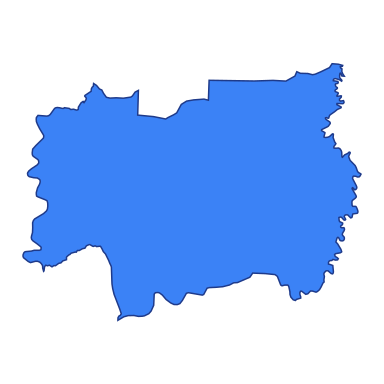 outline of Dong Xoai, Bình Phước, Vietnam
{"feature_id": "81297802B13642047560711", "entity_name": "Dong Xoai", "entity_type": "district", "adm_level": 2, "iso_a3": "VNM", "parent_name": "Vietnam", "parent_adm1": "Bình Phước", "projection": "natural_earth1", "projection_center": [106.858, 11.515], "detail": "fine", "context": "isolated", "style": "filled", "palette": "blue", "viewbox_px": 384, "rotation_deg": 0, "n_neighbors": 0, "source": "geoboundaries", "source_scale": "gbopen_adm2", "svg_char_len": 5884}
<svg xmlns="http://www.w3.org/2000/svg" viewBox="0 0 384 384"><path d="M43.6,271.3L44.0,270.9L44.6,266.6L45.8,265.2L47.5,265.8L49.4,265.2L51.9,266.8L52.4,266.7L53.7,265.6L55.5,265.7L58.8,263.3L60.9,262.9L62.8,260.9L66.5,259.7L66.5,257.3L66.8,256.7L68.9,254.9L69.9,254.5L71.1,253.2L75.1,252.1L76.4,252.1L76.9,251.1L77.5,250.5L79.3,250.5L82.5,248.7L84.9,248.2L86.4,245.8L89.1,244.6L89.9,244.6L92.8,246.3L93.6,246.4L94.7,245.9L95.4,245.9L96.6,246.6L100.2,246.2L100.7,246.6L102.2,249.2L103.3,251.6L105.5,254.0L108.7,260.5L109.7,263.1L111.0,265.8L111.4,267.2L112.0,284.0L112.7,288.6L114.1,294.4L119.7,309.0L121.2,313.5L121.1,314.1L120.2,315.4L118.9,316.1L118.0,317.7L117.9,320.3L123.8,316.8L128.2,315.6L134.0,315.5L138.5,316.4L142.5,316.2L144.5,315.8L148.8,313.7L151.1,311.1L153.7,305.3L154.2,294.1L155.4,292.7L158.0,292.5L159.5,292.9L162.4,295.1L166.1,299.5L170.8,303.0L174.0,304.5L177.3,304.6L179.9,303.6L182.4,300.4L186.4,293.3L188.4,292.7L202.3,295.1L203.7,294.5L207.1,288.2L209.3,287.6L215.8,287.3L222.8,286.7L229.5,285.0L233.7,282.8L237.4,282.6L249.9,277.2L252.7,273.1L265.3,273.6L275.1,274.6L277.4,276.4L280.7,285.0L282.0,285.8L284.7,285.1L287.8,285.1L288.4,285.8L288.9,287.0L289.9,291.7L290.0,294.5L290.9,297.2L293.2,299.8L295.4,300.5L296.5,299.4L300.7,298.1L300.7,296.7L300.0,294.8L299.8,292.9L300.4,291.4L300.9,291.1L301.8,291.3L305.7,294.3L307.8,293.8L310.5,291.0L312.6,291.1L315.8,292.1L316.6,292.0L317.8,291.2L319.5,289.7L321.1,287.0L323.0,283.0L324.1,282.0L323.9,279.8L324.4,276.5L323.9,274.5L324.0,273.2L325.2,271.7L326.2,270.8L328.0,270.8L331.1,273.5L332.4,273.9L332.9,273.6L333.3,272.6L333.4,271.4L332.8,265.5L330.2,264.5L328.5,264.1L328.5,262.3L329.1,261.2L330.1,260.6L331.8,260.5L332.9,259.4L335.5,260.1L337.6,259.9L338.3,258.7L337.3,257.7L335.2,256.4L334.6,254.6L335.5,253.7L340.3,252.8L341.6,252.0L341.7,251.7L340.9,249.3L337.6,243.8L335.9,242.0L337.0,238.1L337.9,237.3L338.7,237.8L340.0,240.4L340.9,240.8L342.3,240.9L343.3,240.6L343.9,240.0L344.3,239.1L344.4,238.0L344.1,237.0L342.5,235.2L342.3,234.6L342.6,233.1L344.0,230.9L344.5,229.4L344.3,228.2L343.9,227.7L341.5,227.7L340.7,227.2L340.6,226.7L340.8,225.9L342.4,224.7L342.7,223.7L342.6,223.0L339.6,221.6L339.1,220.2L338.9,217.5L340.7,217.0L341.6,217.4L343.8,219.9L344.9,220.2L345.6,219.6L345.6,219.2L344.3,216.8L344.3,216.2L345.0,215.2L345.9,214.8L347.7,214.9L350.7,217.9L351.7,217.6L352.1,217.1L352.7,214.2L353.0,213.9L357.2,213.3L357.7,212.8L357.9,212.0L357.9,211.2L357.3,209.2L356.3,207.0L355.7,206.4L352.7,206.3L352.1,205.4L351.9,202.0L352.3,200.5L355.2,198.3L356.2,197.1L356.3,196.4L355.9,195.3L352.1,188.8L352.2,188.1L352.5,187.7L353.3,188.1L354.6,189.8L355.4,189.7L356.0,189.3L356.8,188.0L356.8,187.1L356.2,185.5L352.6,178.6L352.6,178.0L353.1,176.4L353.8,176.1L356.0,176.3L357.4,177.0L359.1,176.9L359.9,176.2L361.0,174.2L360.8,173.8L358.4,172.5L357.4,171.1L356.2,167.6L355.1,165.5L350.1,160.4L348.7,156.7L348.9,155.7L350.2,153.0L350.1,152.4L349.4,152.1L348.7,152.4L347.8,153.4L344.7,154.8L342.4,157.3L342.2,157.2L341.9,156.6L341.7,152.1L341.1,150.4L339.8,148.6L338.4,148.0L336.2,148.2L334.1,148.1L333.8,147.1L333.9,146.5L335.7,144.1L335.9,143.6L334.7,141.9L333.1,137.5L333.4,134.3L333.1,133.9L332.4,133.9L329.4,136.6L327.8,137.2L325.6,137.5L324.1,137.2L324.0,136.6L325.0,132.8L324.8,132.5L321.8,130.8L321.5,130.2L321.7,129.6L327.6,126.7L328.4,126.1L330.2,123.6L330.2,122.8L329.8,122.0L325.9,119.3L325.5,118.6L325.5,117.8L326.5,117.6L327.9,118.2L328.6,118.2L329.5,115.6L330.3,114.7L334.5,111.8L337.3,109.5L341.0,107.8L341.2,107.3L341.1,106.9L336.9,104.7L336.8,103.9L337.0,103.5L337.9,103.5L342.6,103.7L343.3,103.5L344.0,102.6L344.0,101.9L343.5,100.6L340.4,101.1L339.5,100.3L339.5,99.0L341.2,97.3L341.4,96.0L341.1,95.8L337.1,96.3L336.8,95.9L338.2,93.6L338.2,93.0L337.9,92.6L335.3,91.6L335.1,91.2L335.0,90.5L335.4,89.9L337.1,88.7L337.4,88.1L337.3,87.6L336.1,86.8L335.6,86.1L335.3,84.4L335.7,83.8L337.8,83.4L338.2,82.5L338.2,82.0L337.6,81.4L333.3,80.7L333.3,80.0L333.7,79.2L334.6,78.7L335.4,78.6L337.8,79.2L339.7,79.9L341.6,81.2L341.9,80.8L341.8,80.2L339.7,77.7L339.6,75.2L339.9,73.4L340.3,73.1L341.1,73.9L341.6,75.7L341.9,76.0L344.3,76.2L342.7,73.7L341.8,71.4L342.0,68.9L340.6,67.9L340.3,66.7L342.4,66.3L342.7,65.4L338.3,64.2L332.1,63.7L329.5,67.6L320.8,71.8L315.2,74.2L312.5,74.7L307.8,73.5L300.3,73.3L296.8,71.7L294.9,76.1L285.9,81.1L273.0,80.4L254.2,81.0L209.1,80.3L208.4,100.2L204.0,99.1L193.6,99.9L186.6,101.1L181.3,104.4L176.7,112.9L173.6,114.8L167.9,117.6L165.7,119.0L153.5,116.6L137.7,115.1L138.4,90.4L135.1,92.1L132.4,96.0L130.8,97.1L123.4,98.2L116.3,97.8L110.0,98.1L106.4,97.3L103.5,93.3L101.8,90.0L99.5,89.0L96.5,85.4L93.6,83.5L93.3,86.3L92.2,87.2L91.4,88.7L91.1,91.3L85.0,95.4L84.7,96.0L84.9,96.5L85.9,97.4L86.3,98.7L85.9,99.9L84.0,102.7L83.6,102.5L83.4,101.5L82.9,101.5L81.0,102.9L78.4,107.1L78.2,109.5L77.7,109.8L76.5,110.1L73.6,109.2L70.8,109.5L69.2,108.4L64.3,107.7L63.7,108.4L62.2,108.4L59.8,107.8L57.3,107.5L55.7,107.8L54.6,108.4L50.2,114.5L48.6,115.7L46.8,116.1L38.0,115.4L36.4,117.5L36.2,119.1L36.4,121.6L37.4,124.2L39.6,128.6L43.1,134.4L43.7,135.5L43.7,136.8L43.4,138.1L35.8,145.6L32.7,149.1L32.2,152.8L32.3,154.5L32.7,155.6L33.4,156.4L37.8,159.5L38.5,160.5L38.7,161.9L38.7,163.1L37.1,165.0L31.4,168.8L28.8,171.0L27.7,172.7L27.5,173.5L27.8,175.2L28.3,175.9L29.3,176.7L33.6,177.7L37.3,178.0L39.2,179.2L39.9,179.9L40.2,181.1L40.1,182.4L39.5,184.3L37.6,187.8L36.3,192.5L36.3,194.3L36.6,196.1L38.0,196.9L45.3,199.8L47.1,200.8L47.7,203.0L47.8,206.2L47.4,209.2L46.4,211.0L43.5,213.6L34.7,218.9L33.4,220.5L32.6,222.8L32.7,227.7L32.5,232.6L31.5,236.1L31.3,237.7L31.7,239.4L33.0,240.9L37.2,243.9L40.7,246.7L41.2,247.6L40.9,249.7L39.4,250.3L34.1,250.3L31.3,251.1L25.7,251.6L24.6,252.0L23.8,252.9L23.1,254.7L23.0,256.2L23.5,257.7L28.2,261.5L30.5,262.6L35.4,261.3L37.5,261.3L39.7,262.1L41.2,263.5L42.2,265.0L42.6,266.0L42.7,268.1L43.6,271.3Z" fill="#3b82f6" stroke="#1e3a8a" stroke-width="1.5"/></svg>